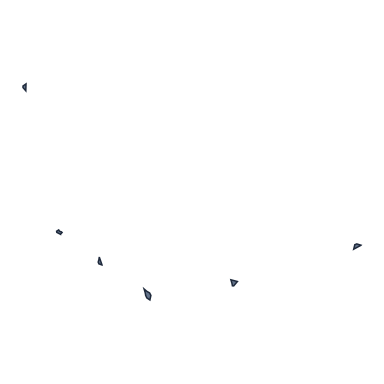 an SVG outline of Gaafu Dhaalu
{"feature_id": "MDV-5241", "entity_name": "Gaafu Dhaalu", "entity_type": "Atoll", "adm_level": 1, "iso_a3": "MDV", "parent_name": "Maldives", "parent_adm1": "", "projection": "mercator", "projection_center": [73.082, 0.355], "detail": "coarse", "context": "isolated", "style": "filled", "palette": "slate", "viewbox_px": 384, "rotation_deg": 0, "n_neighbors": 0, "source": "natural_earth", "source_scale": "10m", "svg_char_len": 684}
<svg xmlns="http://www.w3.org/2000/svg" viewBox="0 0 384 384"><path d="M144.1,289.0L146.8,291.3L149.6,292.9L150.9,295.4L149.9,300.0L146.8,297.9L145.6,295.3L145.6,294.9L145.1,292.3L144.1,289.0ZM230.9,279.8L237.4,281.5L233.7,285.9L232.4,285.8L231.9,283.1L230.9,279.8ZM361.0,245.2L360.9,245.3L353.7,249.2L354.8,244.7L356.8,243.9L361.0,245.2ZM99.3,256.9L99.3,257.1L102.0,264.9L102.0,265.0L98.8,263.8L98.5,262.9L98.2,262.1L98.5,260.9L98.9,259.8L98.9,259.5L99.3,256.9ZM26.0,83.9L25.8,90.8L23.0,87.6L23.0,86.0L26.0,83.9ZM58.7,229.9L59.6,231.3L61.3,231.8L61.8,232.2L62.1,232.5L60.5,234.2L60.5,234.3L56.8,232.4L56.6,231.2L58.7,229.9Z" fill="#64748b" stroke="#1e293b" stroke-width="1.5"/></svg>